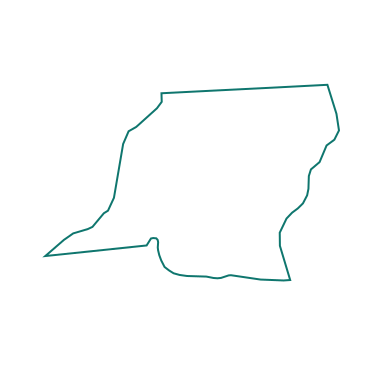 Neno, Mercator projection, rotated 171°
{"feature_id": "MWI-5510", "entity_name": "Neno", "entity_type": "District", "adm_level": 1, "iso_a3": "MWI", "parent_name": "Malawi", "parent_adm1": "", "projection": "mercator", "projection_center": [34.708, -15.405], "detail": "fine", "context": "isolated", "style": "outline", "palette": "teal", "viewbox_px": 384, "rotation_deg": 171, "n_neighbors": 0, "source": "natural_earth", "source_scale": "10m", "svg_char_len": 844}
<svg xmlns="http://www.w3.org/2000/svg" viewBox="0 0 384 384"><g transform="rotate(171 192 192)"><path d="M41.5,276.7L37.1,246.6L37.2,229.8L43.2,221.4L51.8,216.9L61.3,201.6L71.0,195.7L74.1,189.5L76.5,176.9L78.8,170.7L84.2,163.4L90.1,159.2L96.4,155.9L102.8,151.0L111.7,138.1L113.6,125.1L108.8,89.7L115.4,90.3L138.0,94.8L166.5,103.7L168.8,103.9L176.8,102.6L180.3,102.8L184.2,103.7L191.0,106.2L210.0,109.8L217.2,112.0L222.9,114.6L226.9,118.1L230.8,122.2L233.1,129.2L234.2,134.7L234.6,139.7L234.5,142.5L233.3,147.7L233.4,150.0L234.5,151.8L237.5,152.6L239.8,152.5L245.2,146.3L346.9,151.7L325.9,164.8L324.4,165.5L315.8,169.7L300.7,171.7L295.8,173.1L282.4,184.8L277.9,186.7L270.0,198.5L252.5,250.2L245.1,261.9L236.9,265.0L213.5,280.2L207.8,285.8L206.7,294.3L155.1,288.8L98.4,282.7L41.5,276.7Z" fill="none" stroke="#0f766e" stroke-width="2"/></g></svg>